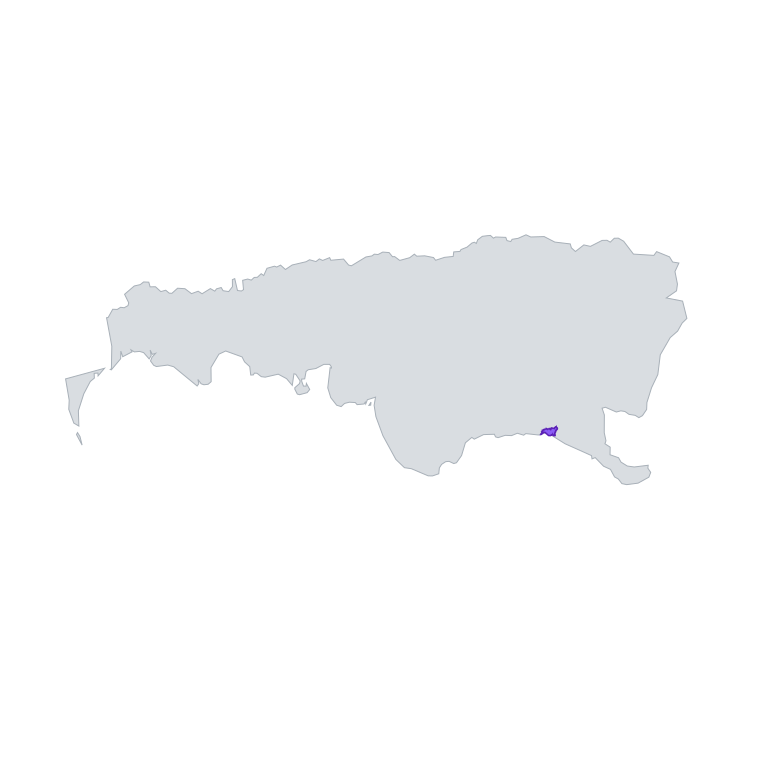 Monte Caseros, Corrientes, Argentina (highlighted), rotated 78°
{"feature_id": "61730980B11613530457142", "entity_name": "Monte Caseros", "entity_type": "district", "adm_level": 2, "iso_a3": "ARG", "parent_name": "Argentina", "parent_adm1": "Corrientes", "projection": "robinson", "projection_center": [-57.85, -30.275], "detail": "fine", "context": "in_parent", "style": "filled", "palette": "violet", "viewbox_px": 768, "rotation_deg": 78, "n_neighbors": 0, "source": "geoboundaries", "source_scale": "gbopen_adm2", "svg_char_len": 6533}
<svg xmlns="http://www.w3.org/2000/svg" viewBox="0 0 768 768"><g transform="rotate(78 384 384)"><path d="M469.2,230.6L464.9,238.4L466.0,243.5L462.0,255.6L463.1,258.0L459.9,263.8L461.0,270.0L459.4,276.1L460.2,283.6L458.9,285.9L456.1,286.5L454.2,297.1L456.7,307.2L454.5,309.2L458.4,316.6L470.1,323.0L476.1,329.5L476.3,332.3L473.2,336.4L472.8,339.8L474.6,344.4L477.6,347.3L483.2,349.1L484.0,355.7L483.0,359.9L472.5,374.9L470.1,381.4L460.2,388.1L434.4,395.8L414.3,398.7L402.8,398.1L395.1,395.0L395.9,403.5L399.7,406.0L397.8,406.1L399.4,407.6L398.6,414.6L396.2,415.9L394.6,421.6L394.8,426.6L397.2,430.6L394.9,434.7L386.3,438.9L376.1,439.8L356.8,433.3L357.5,432.2L356.5,431.8L353.5,433.1L352.3,438.8L354.7,447.5L354.3,455.1L355.5,457.6L362.5,460.5L362.1,463.6L364.4,463.9L369.3,463.2L369.9,460.7L367.3,459.8L373.9,457.8L376.5,461.0L376.9,468.8L375.8,470.9L370.6,472.3L369.1,472.0L366.0,466.5L363.5,465.4L356.1,468.3L355.3,470.0L366.3,474.0L358.5,478.2L352.4,485.4L352.6,498.8L351.3,502.5L347.1,506.0L346.4,508.5L348.0,510.0L347.5,512.5L339.1,511.7L333.3,515.8L328.0,517.2L318.8,532.0L320.5,539.3L331.9,549.8L345.8,552.6L347.7,556.1L347.3,560.3L345.8,562.8L340.8,565.1L345.2,565.1L347.1,567.2L323.4,586.1L320.5,591.6L319.6,603.0L317.8,605.4L312.9,607.6L309.4,605.2L306.5,601.0L306.8,604.5L302.2,605.7L307.8,605.8L310.6,608.5L303.3,612.6L301.3,616.3L300.7,621.5L298.0,624.4L300.2,623.8L303.0,633.9L297.1,634.6L304.5,636.3L313.5,647.8L312.8,648.7L312.5,647.5L290.5,642.4L261.5,641.6L261.6,640.0L254.5,633.8L255.6,629.4L254.2,625.7L255.4,622.3L254.1,618.1L251.5,616.8L242.3,619.1L236.2,607.9L236.1,601.8L234.2,597.9L235.5,592.9L240.3,592.6L241.4,587.3L247.2,583.1L246.9,578.0L250.5,575.2L251.2,572.6L247.4,566.0L249.4,558.9L255.6,553.5L254.6,546.5L257.9,543.2L254.6,534.0L258.0,530.2L256.1,528.0L255.8,523.2L259.3,522.0L261.3,516.7L257.3,512.0L250.4,510.6L249.9,508.1L262.1,507.9L263.4,504.1L262.5,501.8L253.2,500.7L253.0,495.5L254.8,492.2L252.8,488.8L253.3,485.7L250.6,481.2L252.9,479.1L246.5,474.4L246.0,466.6L247.3,464.6L246.2,460.5L251.5,456.6L248.5,449.1L248.2,434.8L247.0,431.0L250.1,425.1L248.2,421.2L250.4,418.3L249.1,410.9L251.9,410.3L253.4,397.6L260.3,393.9L261.6,391.3L256.0,375.3L256.2,369.2L255.0,366.5L256.1,362.9L254.7,357.8L256.5,351.7L261.3,349.2L261.6,347.1L266.4,342.9L265.8,332.6L263.3,327.3L265.8,325.4L267.1,317.5L270.6,309.3L273.7,307.8L272.7,298.4L273.6,289.8L269.3,288.3L270.1,282.2L268.5,280.7L267.4,274.3L264.4,268.7L264.1,266.1L265.7,264.5L262.4,262.3L260.0,257.1L260.4,252.2L260.8,249.0L264.1,246.6L263.4,244.3L265.9,234.4L269.3,233.9L271.0,230.4L269.1,228.6L269.4,222.6L267.6,214.1L270.7,209.9L273.1,196.7L280.7,187.4L285.7,172.7L289.8,172.4L294.2,169.2L289.5,159.6L292.3,153.5L288.9,140.8L289.8,136.0L292.3,133.2L289.3,128.4L290.1,124.4L294.2,119.9L308.8,113.0L314.3,93.3L311.2,89.8L319.0,78.3L324.7,76.3L327.0,70.4L334.5,76.0L347.3,76.2L353.7,78.5L358.5,90.0L365.0,74.7L382.8,74.1L386.4,79.7L393.3,85.8L398.1,94.4L412.9,107.7L431.7,114.2L443.3,123.1L456.8,130.7L463.5,132.4L468.7,137.8L469.9,141.7L466.9,144.8L464.6,150.7L461.0,154.0L459.5,157.9L459.7,162.6L452.8,172.2L453.0,175.7L460.1,174.9L477.4,178.7L485.7,178.7L488.4,180.3L492.8,175.9L500.2,177.6L504.9,169.9L509.7,168.4L514.8,163.1L517.2,156.5L518.4,142.5L521.2,143.4L525.9,141.5L530.2,144.3L533.8,156.1L532.9,167.5L530.9,172.0L525.6,174.6L522.8,177.8L514.6,180.2L510.1,186.3L499.9,192.7L500.5,196.1L497.2,195.9L480.1,219.3L469.2,230.6ZM312.8,694.4L310.5,654.1L316.6,662.0L313.8,661.5L313.3,665.3L318.0,666.1L320.5,670.8L331.2,679.7L346.6,688.5L361.7,691.2L357.8,695.5L343.2,697.6L334.4,695.3L312.8,694.4ZM367.8,693.9L372.2,692.3L381.0,692.0L369.5,695.3L367.8,693.9ZM401.9,401.4L401.8,403.2L399.0,400.5L401.9,401.4Z" fill="#d9dde1" stroke="#a8b0b8" stroke-width="1"/><path d="M461.7,235.1L461.7,235.4L461.8,235.4L461.7,235.4L461.7,235.5L461.6,235.8L461.7,236.0L461.8,236.2L461.7,236.2L461.7,236.3L461.8,236.3L461.9,236.5L462.0,236.6L461.9,236.7L461.9,236.8L461.9,237.0L461.9,237.3L461.8,237.5L462.0,237.7L462.1,237.8L462.3,237.9L462.3,238.0L462.4,238.3L462.3,238.5L462.5,238.5L462.6,238.8L462.8,238.7L462.8,238.8L463.0,239.0L463.3,239.2L463.3,239.3L463.4,239.5L463.5,239.4L463.5,239.5L463.8,239.6L464.0,239.6L464.6,239.9L465.0,240.1L465.1,240.3L465.3,240.4L465.4,240.8L465.5,240.9L465.8,240.8L466.0,241.0L466.0,240.7L466.0,240.3L465.9,240.1L465.5,239.8L465.4,239.7L465.4,239.2L465.4,238.9L465.1,238.6L464.8,238.4L464.7,238.3L464.7,238.2L464.7,237.7L464.7,237.4L464.7,237.1L464.7,236.9L464.7,236.7L464.9,236.6L465.1,236.3L465.2,236.2L465.4,236.0L465.6,235.9L466.0,235.7L466.3,235.5L466.5,235.3L466.6,235.2L467.1,234.8L467.4,234.7L467.6,234.5L467.9,234.4L468.1,234.1L468.3,233.9L468.7,233.6L468.8,233.4L468.8,233.0L468.9,232.7L469.0,232.4L469.1,231.9L469.0,231.7L468.8,231.3L468.6,231.1L468.5,230.9L468.6,230.7L468.8,230.4L468.5,230.1L469.0,230.2L469.0,229.8L469.0,229.7L468.9,229.3L469.0,229.2L469.1,228.9L469.2,228.7L469.3,228.7L469.5,228.8L469.7,228.6L469.8,228.6L470.0,228.5L470.0,228.4L469.9,228.5L469.9,228.4L469.7,228.3L469.5,228.2L469.4,228.3L469.3,228.2L469.5,228.0L469.5,227.9L469.8,228.0L469.9,227.9L469.9,227.6L470.0,227.5L470.0,227.4L469.9,227.3L469.8,227.2L469.7,227.2L469.4,227.4L469.1,227.5L468.5,227.3L468.4,227.3L468.4,227.2L468.2,227.2L468.1,227.4L468.0,227.5L467.9,227.5L467.6,227.3L467.6,227.2L467.4,227.0L467.4,226.9L467.3,226.7L467.1,226.7L467.0,226.4L466.9,226.4L466.8,226.5L466.7,226.5L466.6,226.4L466.3,226.4L466.2,226.2L465.9,226.0L465.9,225.9L465.6,225.9L465.4,225.8L465.2,225.6L465.1,225.4L465.2,225.2L464.9,225.0L464.9,224.9L464.8,224.6L464.6,224.5L464.4,224.4L464.4,224.2L464.2,223.9L463.9,223.8L463.7,223.8L463.7,223.7L463.4,223.6L463.2,223.6L462.9,223.7L462.6,223.9L462.6,224.1L462.3,224.2L462.2,224.3L461.8,224.4L461.7,224.4L461.8,224.5L461.7,224.6L461.6,225.0L462.0,225.1L462.1,226.1L462.9,226.6L463.0,226.6L462.2,228.2L462.3,228.4L461.9,229.1L462.0,229.2L461.9,229.3L462.0,229.4L461.9,229.4L461.9,229.5L462.0,229.5L462.2,229.8L462.2,229.7L462.4,229.9L462.5,229.9L462.5,230.0L462.4,230.1L462.5,230.2L462.5,230.3L462.4,230.4L462.5,230.5L462.4,230.5L462.5,230.5L462.4,230.6L462.4,230.9L462.5,230.9L462.5,231.0L462.4,231.1L462.5,231.1L462.4,231.2L462.4,231.3L462.4,231.5L462.2,231.7L462.2,231.8L462.3,231.9L462.3,232.0L462.2,232.1L462.2,232.3L462.1,232.5L462.1,232.8L462.3,232.9L462.2,232.9L462.2,233.0L462.0,233.4L462.1,233.5L462.1,233.8L461.9,233.9L461.8,234.0L461.7,234.1L461.8,234.1L461.7,234.2L461.7,234.3L461.7,234.5L461.6,234.8L461.7,235.0L461.7,235.1Z" fill="#8b5cf6" stroke="#5b21b6" stroke-width="1.5"/></g></svg>